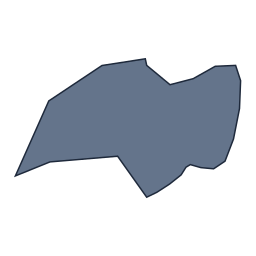 Jervis Bay Territory, Mercator projection
{"feature_id": "AUS-1932", "entity_name": "Jervis Bay Territory", "entity_type": "Territory", "adm_level": 1, "iso_a3": "AUS", "parent_name": "Australia", "parent_adm1": "", "projection": "mercator", "projection_center": [150.718, -35.16], "detail": "fine", "context": "isolated", "style": "filled", "palette": "slate", "viewbox_px": 256, "rotation_deg": 0, "n_neighbors": 0, "source": "natural_earth", "source_scale": "10m", "svg_char_len": 408}
<svg xmlns="http://www.w3.org/2000/svg" viewBox="0 0 256 256"><path d="M145.3,58.8L146.7,65.4L170.0,84.7L193.1,78.7L215.2,66.3L235.6,65.4L240.6,80.7L239.5,108.6L233.5,139.0L225.0,161.2L213.6,168.8L200.8,167.6L190.3,164.6L186.0,167.2L181.1,174.9L169.8,183.9L157.0,192.2L146.7,197.2L117.6,156.2L50.0,161.9L15.4,175.9L48.8,100.9L102.0,65.5L145.3,58.8Z" fill="#64748b" stroke="#1e293b" stroke-width="1.5"/></svg>